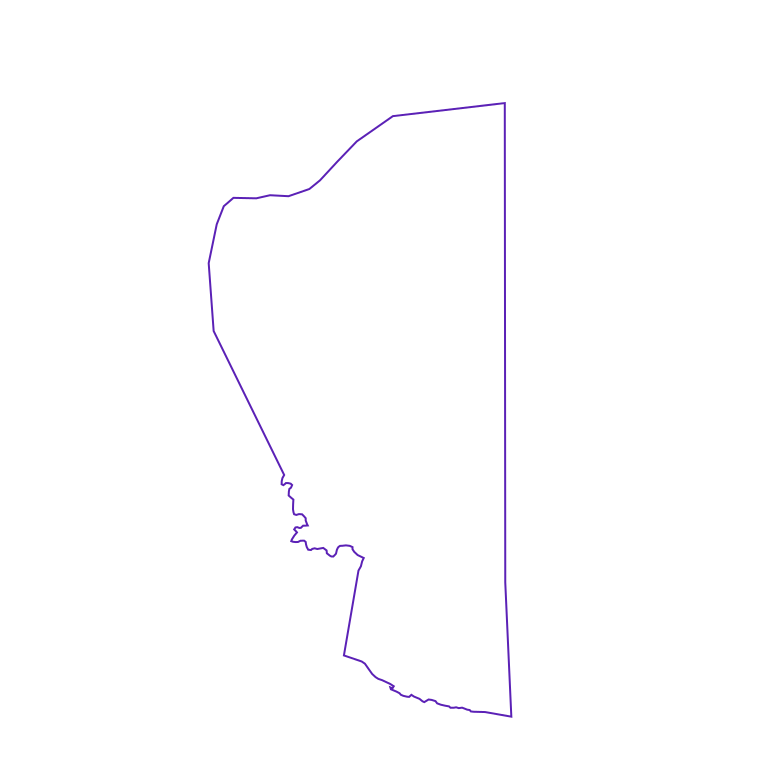 the district of Mukah, Sarawak, Malaysia, rotated 103°
{"feature_id": "92858781B93541557808123", "entity_name": "Mukah", "entity_type": "district", "adm_level": 2, "iso_a3": "MYS", "parent_name": "Malaysia", "parent_adm1": "Sarawak", "projection": "mercator", "projection_center": [112.554, 2.823], "detail": "fine", "context": "isolated", "style": "outline", "palette": "violet", "viewbox_px": 768, "rotation_deg": 103, "n_neighbors": 0, "source": "geoboundaries", "source_scale": "gbopen_adm2", "svg_char_len": 1833}
<svg xmlns="http://www.w3.org/2000/svg" viewBox="0 0 768 768"><g transform="rotate(103 384 384)"><path d="M657.5,362.0L659.4,343.3L660.8,339.7L665.3,334.7L669.2,330.3L671.5,326.3L672.6,323.2L673.0,319.2L674.9,310.4L676.3,306.5L678.6,307.3L678.2,309.6L679.9,308.6L680.9,302.7L681.8,299.3L683.0,297.7L683.5,295.0L683.5,292.9L683.5,291.2L683.2,289.1L680.7,287.4L681.8,284.5L682.8,278.6L684.5,275.1L684.9,273.2L681.4,269.6L681.1,266.5L681.4,262.5L683.2,260.4L683.7,256.5L683.7,252.1L683.5,248.1L684.5,246.4L683.7,243.1L682.8,241.0L683.0,238.2L681.8,235.1L682.2,232.2L682.6,229.7L682.4,227.2L683.5,225.7L683.2,223.0L680.9,211.7L679.5,185.1L550.1,221.2L83.1,329.5L121.0,435.6L153.7,465.1L178.0,479.6L200.0,492.2L210.8,500.6L222.5,519.3L225.7,537.5L231.8,550.2L236.5,572.6L246.8,580.1L266.0,582.9L305.7,582.0L370.7,561.9L495.1,460.8L498.5,461.8L501.7,461.8L504.7,461.2L505.2,459.3L503.9,458.2L502.6,457.3L502.1,455.1L502.1,452.5L503.1,450.8L505.9,451.3L507.5,452.6L510.2,452.5L514.1,451.8L515.6,449.1L517.0,446.3L521.6,445.5L526.5,444.5L529.4,443.3L531.1,442.3L531.3,440.0L529.9,437.6L529.4,434.5L531.0,432.0L532.4,430.1L534.6,429.6L537.8,427.5L539.0,426.5L539.7,428.7L540.2,430.9L542.9,432.7L543.3,434.2L543.0,436.3L543.7,438.0L545.9,438.8L547.5,436.3L548.2,435.4L551.9,437.3L556.2,438.8L558.0,439.0L558.2,437.1L557.9,434.6L557.3,432.3L555.5,430.1L554.6,426.6L555.5,424.8L557.8,423.9L560.2,422.6L562.5,420.6L562.2,417.8L560.8,416.8L559.7,414.6L559.8,411.9L558.5,408.9L557.4,406.3L559.1,402.5L561.8,401.6L563.5,398.0L563.9,396.5L563.5,394.6L561.4,393.3L560.1,392.6L558.7,392.6L556.2,392.6L554.3,392.2L553.0,391.7L551.6,390.4L551.0,388.2L549.8,384.8L549.4,381.0L550.0,378.0L552.1,377.5L554.2,375.3L556.6,371.2L557.6,366.8L558.1,364.6L561.7,365.4L566.8,365.5L571.5,366.9L657.5,362.0Z" fill="none" stroke="#5b21b6" stroke-width="2"/></g></svg>